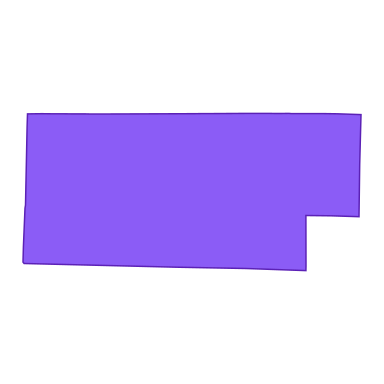 Fulton, Arkansas, United States of America
{"feature_id": "52423323B70135651340823", "entity_name": "Fulton", "entity_type": "district", "adm_level": 2, "iso_a3": "USA", "parent_name": "United States of America", "parent_adm1": "Arkansas", "projection": "equal_earth", "projection_center": [-91.82, 36.375], "detail": "fine", "context": "isolated", "style": "filled", "palette": "violet", "viewbox_px": 384, "rotation_deg": 0, "n_neighbors": 0, "source": "geoboundaries", "source_scale": "gbopen_adm2", "svg_char_len": 703}
<svg xmlns="http://www.w3.org/2000/svg" viewBox="0 0 384 384"><path d="M41.7,113.7L33.5,113.8L27.5,113.9L27.1,126.7L25.5,205.1L25.0,208.2L23.4,246.9L23.0,262.1L24.1,263.5L176.9,267.2L246.1,268.5L305.9,270.6L306.0,265.9L305.9,215.5L331.4,215.8L359.0,216.7L359.7,164.3L361.0,114.6L337.1,113.8L323.0,113.6L319.6,113.6L318.4,113.6L313.7,113.6L291.3,113.6L288.9,113.4L281.1,113.5L274.6,113.5L269.3,113.4L255.1,113.4L248.6,113.4L247.8,113.4L229.2,113.5L210.4,113.6L201.6,113.6L194.5,113.7L193.3,113.7L191.4,113.7L163.6,113.8L162.9,113.8L105.8,114.0L104.4,114.0L89.8,114.0L85.3,113.9L72.5,113.9L71.8,113.9L63.4,113.8L52.2,113.8L41.8,113.7L41.7,113.7Z" fill="#8b5cf6" stroke="#5b21b6" stroke-width="1.5"/></svg>